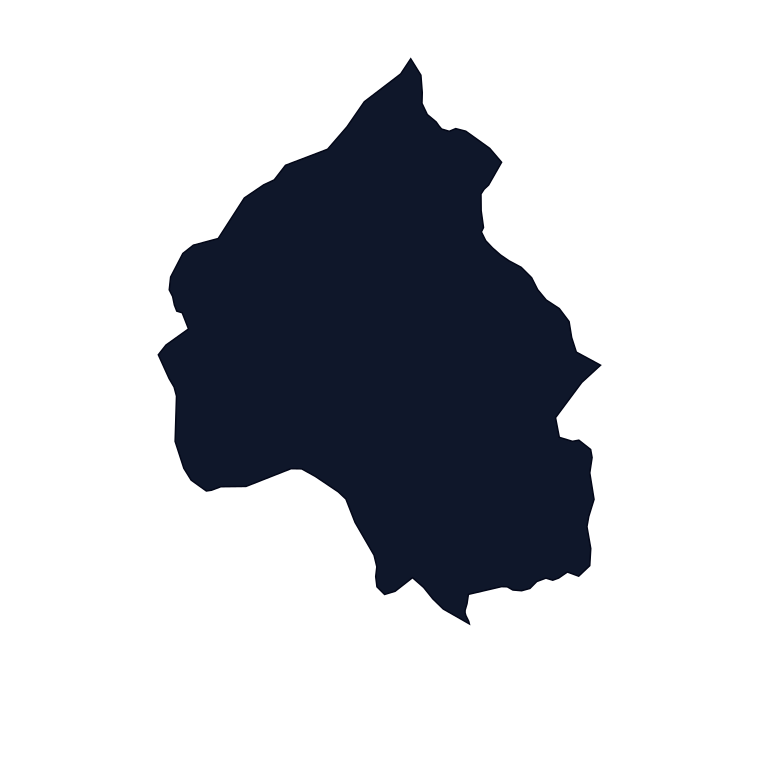 an SVG outline of Çorum, rotated 149°
{"feature_id": "TUR-2291", "entity_name": "Çorum", "entity_type": "Province", "adm_level": 1, "iso_a3": "TUR", "parent_name": "Turkey", "parent_adm1": "", "projection": "albers", "projection_center": [34.616, 40.609], "detail": "fine", "context": "isolated", "style": "filled", "palette": "ink", "viewbox_px": 768, "rotation_deg": 149, "n_neighbors": 0, "source": "natural_earth", "source_scale": "10m", "svg_char_len": 1491}
<svg xmlns="http://www.w3.org/2000/svg" viewBox="0 0 768 768"><g transform="rotate(149 384 384)"><path d="M316.1,119.0L323.7,128.4L334.2,127.7L340.4,128.9L345.2,134.2L354.8,136.0L364.2,133.6L372.5,135.9L379.7,141.1L382.8,146.7L387.7,149.8L420.0,160.2L426.0,152.9L431.0,148.3L432.3,146.2L433.1,143.3L433.6,137.0L434.4,134.4L449.1,160.6L452.8,174.6L454.8,189.2L459.3,203.3L481.2,200.6L491.9,203.3L494.5,213.8L490.3,223.2L484.3,231.0L480.7,242.4L480.1,280.2L475.9,305.0L478.8,315.2L490.5,340.2L498.3,353.7L507.3,359.3L555.1,367.3L576.8,380.0L586.6,381.8L591.4,383.8L598.8,400.9L599.0,414.8L592.6,442.4L568.1,480.5L565.5,489.5L565.4,499.3L562.4,525.3L550.8,529.7L523.2,531.9L520.3,549.0L524.1,553.2L523.0,559.7L520.1,567.9L519.6,575.3L511.8,585.6L489.2,599.5L475.9,601.2L451.2,594.1L407.9,615.4L384.5,616.7L373.0,615.5L355.8,622.2L311.4,614.3L283.3,623.5L255.5,636.1L210.0,641.2L193.6,649.0L193.3,629.7L201.1,614.1L206.9,605.0L208.1,592.7L204.3,581.7L204.0,577.2L203.3,572.9L197.9,567.0L191.0,566.0L183.7,558.6L172.0,531.5L169.0,513.5L191.8,500.7L197.8,499.4L203.0,496.9L211.4,482.6L218.1,466.9L222.2,464.2L223.0,454.4L220.9,444.8L217.7,434.7L213.5,425.4L206.3,413.4L202.7,399.1L203.7,385.7L201.7,372.5L194.9,358.4L193.2,342.2L199.2,327.2L202.7,312.3L188.7,288.6L213.7,283.5L254.3,266.8L261.2,248.0L252.0,237.8L245.9,235.5L240.6,221.4L243.5,213.8L253.4,201.8L263.4,176.9L276.7,165.0L283.5,157.2L291.5,136.5L301.2,122.3L316.1,119.0Z" fill="#0f172a" stroke="#020617" stroke-width="1.5"/></g></svg>